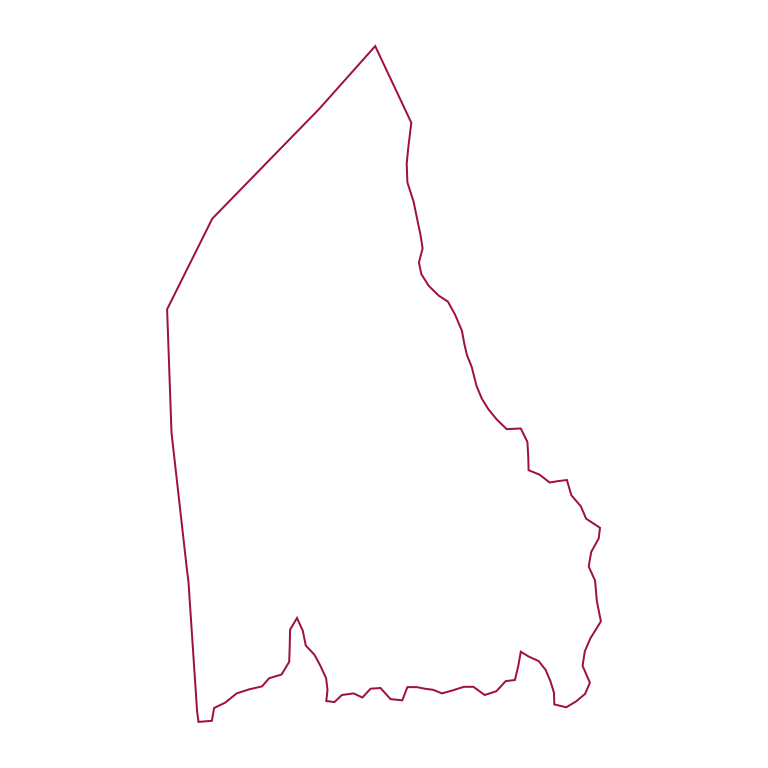 outline of Várzea do Poço, Bahia, Brazil
{"feature_id": "56859067B52245277672809", "entity_name": "Várzea do Poço", "entity_type": "district", "adm_level": 2, "iso_a3": "BRA", "parent_name": "Brazil", "parent_adm1": "Bahia", "projection": "equal_earth", "projection_center": [-40.289, -11.525], "detail": "fine", "context": "isolated", "style": "outline", "palette": "rose", "viewbox_px": 768, "rotation_deg": 0, "n_neighbors": 0, "source": "geoboundaries", "source_scale": "gbopen_adm2", "svg_char_len": 1398}
<svg xmlns="http://www.w3.org/2000/svg" viewBox="0 0 768 768"><path d="M589.9,682.7L582.6,665.9L584.8,651.3L590.4,638.3L600.9,621.4L596.8,600.9L595.1,580.7L588.7,566.5L591.2,552.0L598.7,538.5L600.0,527.8L586.1,518.7L580.9,506.4L571.3,495.2L566.9,480.0L558.2,481.1L549.6,482.5L539.6,474.7L528.6,470.2L528.3,457.9L527.4,441.9L520.8,428.5L506.6,429.1L496.4,419.1L488.3,409.1L481.9,398.8L476.5,385.9L471.7,366.9L467.0,355.3L464.4,344.2L461.9,330.7L455.0,314.5L447.8,301.5L438.9,295.8L428.7,285.8L421.4,274.2L418.9,262.6L422.6,248.4L420.4,234.3L417.4,220.2L413.6,201.7L407.4,182.4L406.7,163.7L408.2,148.4L409.6,136.8L411.3,122.7L375.2,46.1L319.3,108.8L212.3,218.6L167.1,309.3L171.5,432.6L186.8,568.4L188.5,582.3L197.1,711.4L198.5,721.9L211.9,720.8L214.1,708.0L224.9,702.8L236.7,693.4L249.3,689.3L262.0,686.4L269.2,678.2L281.6,674.5L289.2,661.8L289.7,647.2L290.1,629.6L297.0,618.0L302.8,630.8L305.8,645.6L314.4,654.7L320.2,665.4L326.1,678.2L327.5,689.8L326.3,701.0L334.4,702.1L341.9,695.0L353.6,693.4L362.4,697.5L370.6,688.7L380.5,688.0L390.5,699.1L402.3,700.3L407.4,687.1L416.7,687.1L424.8,688.7L433.1,689.8L441.9,693.4L452.2,690.5L463.9,686.8L473.4,686.8L484.7,695.0L496.4,691.2L505.7,681.1L514.9,680.0L518.3,665.9L520.8,651.7L528.6,656.5L538.7,661.1L545.7,670.0L550.4,681.1L554.0,692.8L554.3,704.4L566.2,707.3L576.1,701.4L585.1,693.9L589.9,682.7Z" fill="none" stroke="#9f1239" stroke-width="2"/></svg>